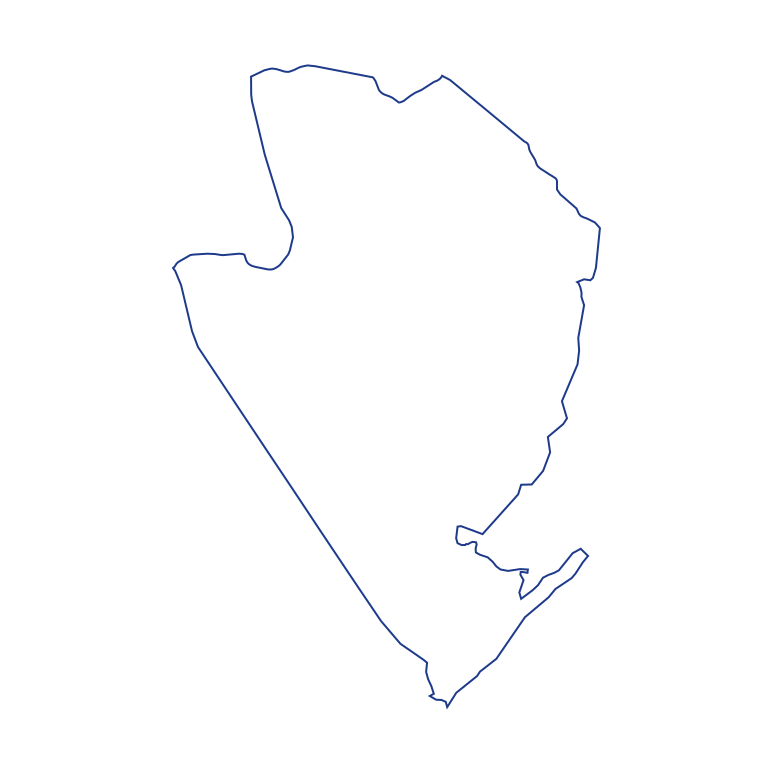 the border of Izabal, rotated 97°
{"feature_id": "GTM-1959", "entity_name": "Izabal", "entity_type": "Department", "adm_level": 1, "iso_a3": "GTM", "parent_name": "Guatemala", "parent_adm1": "", "projection": "robinson", "projection_center": [-89.06, 15.52], "detail": "fine", "context": "isolated", "style": "outline", "palette": "blue", "viewbox_px": 768, "rotation_deg": 97, "n_neighbors": 0, "source": "natural_earth", "source_scale": "10m", "svg_char_len": 2562}
<svg xmlns="http://www.w3.org/2000/svg" viewBox="0 0 768 768"><g transform="rotate(97 384 384)"><path d="M697.0,281.9L691.9,284.0L690.6,288.5L691.0,293.9L688.1,300.5L685.4,296.8L677.9,300.3L671.5,304.3L664.6,307.1L655.4,307.3L653.0,311.0L639.9,336.0L619.7,358.0L590.0,383.9L575.8,396.2L537.9,428.9L500.1,461.3L462.5,493.7L425.0,525.9L370.0,573.1L354.9,581.0L310.7,597.4L297.4,604.9L294.6,607.5L294.3,607.3L293.2,606.2L290.0,604.7L288.1,603.2L279.6,591.9L278.8,589.1L276.2,575.1L275.6,567.3L275.8,562.5L275.7,559.4L272.3,543.6L272.2,540.3L272.7,538.3L278.2,535.8L279.9,534.5L280.7,533.7L281.5,532.7L282.5,530.5L282.9,529.3L283.4,526.1L284.4,513.6L284.2,510.5L283.9,509.1L283.2,507.5L282.1,505.8L280.0,503.2L278.6,501.9L277.3,501.0L267.2,494.9L262.9,493.7L249.5,492.2L239.4,494.7L233.2,498.1L221.8,507.5L170.9,530.3L119.4,549.5L112.9,551.1L95.1,553.4L87.3,541.1L85.4,536.4L84.6,533.8L84.5,531.7L84.6,529.0L86.0,520.8L86.0,518.2L85.6,516.1L83.2,511.4L80.3,507.0L79.2,504.8L77.5,500.0L77.1,498.3L77.0,490.8L81.0,432.5L81.7,431.6L84.3,429.4L92.5,425.0L93.4,424.3L94.2,423.4L95.0,422.4L95.6,421.4L96.6,419.1L97.9,413.5L98.7,411.0L99.2,409.9L102.8,403.5L102.2,401.6L100.6,398.9L94.9,393.1L91.1,388.5L87.7,382.8L78.1,371.3L76.5,368.3L75.8,367.4L75.0,366.4L74.1,365.6L72.2,364.3L71.0,363.9L74.2,355.5L98.6,317.3L126.0,274.6L127.0,272.1L127.9,270.8L129.2,269.8L133.7,268.3L135.9,267.0L143.2,261.3L147.7,259.1L149.3,257.7L151.0,255.3L156.2,244.6L156.7,243.3L158.9,238.8L159.9,237.8L161.5,237.0L169.9,236.0L174.3,232.1L186.3,214.4L191.4,211.2L193.1,209.3L193.8,207.6L194.3,206.0L195.1,202.5L197.9,194.4L202.9,188.7L242.9,187.8L253.1,189.5L255.3,191.3L255.6,191.7L255.9,191.9L255.7,198.2L259.3,204.7L260.3,203.1L264.4,200.8L269.5,199.0L273.4,198.7L281.4,195.0L314.6,196.8L327.0,194.4L340.9,194.3L379.4,205.3L395.8,198.2L401.9,201.2L416.6,214.9L431.6,210.8L450.9,215.5L465.7,225.1L467.3,235.6L477.2,237.4L521.0,267.9L515.7,290.3L516.6,293.6L528.3,293.6L533.0,291.6L534.4,287.4L533.9,283.7L532.9,283.1L532.7,281.1L531.3,279.3L529.9,277.0L529.9,273.3L532.1,272.5L536.1,273.0L540.0,272.3L541.8,267.9L543.4,259.9L547.3,254.4L551.4,250.2L553.9,245.8L554.4,238.1L551.1,226.3L550.6,218.6L553.9,218.6L553.7,223.8L553.9,225.4L556.6,225.4L561.7,221.6L574.4,224.3L580.5,221.7L570.5,211.3L564.9,206.6L556.9,202.6L553.5,197.6L550.6,191.9L547.6,187.7L528.9,176.1L523.6,168.7L529.8,160.5L536.5,164.8L548.8,170.8L553.8,174.1L566.5,188.8L575.6,194.6L598.3,215.7L643.1,239.0L657.8,253.7L662.5,256.0L681.6,274.6L696.8,281.8L697.0,281.9Z" fill="none" stroke="#1e3a8a" stroke-width="2"/></g></svg>